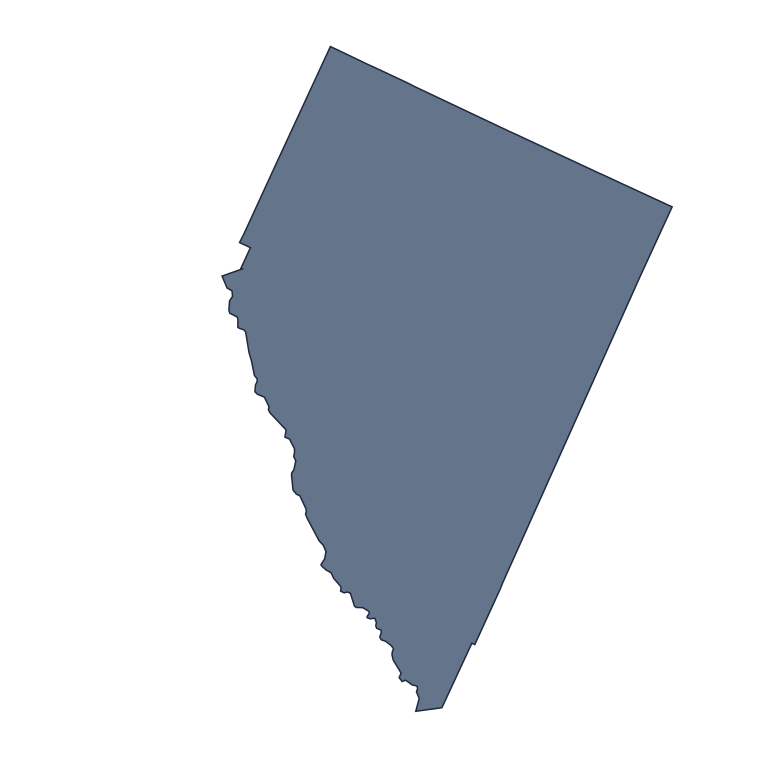 Hudspeth, Texas, United States of America, rotated 25°
{"feature_id": "52423323B39607492205238", "entity_name": "Hudspeth", "entity_type": "district", "adm_level": 2, "iso_a3": "USA", "parent_name": "United States of America", "parent_adm1": "Texas", "projection": "albers", "projection_center": [-105.436, 31.316], "detail": "fine", "context": "isolated", "style": "filled", "palette": "slate", "viewbox_px": 768, "rotation_deg": 25, "n_neighbors": 0, "source": "geoboundaries", "source_scale": "gbopen_adm2", "svg_char_len": 1670}
<svg xmlns="http://www.w3.org/2000/svg" viewBox="0 0 768 768"><g transform="rotate(25 384 384)"><path d="M573.3,652.9L573.2,581.8L576.4,581.8L576.0,520.4L575.6,514.1L570.7,178.9L570.3,101.7L514.8,101.9L514.3,101.9L500.5,101.9L495.8,101.9L495.3,101.9L489.9,102.0L489.2,102.0L487.9,102.0L405.2,102.0L392.4,102.0L391.9,102.1L391.6,102.1L286.0,101.5L279.3,101.2L243.1,101.1L231.9,101.2L226.8,101.1L192.8,100.8L193.2,233.9L193.6,307.9L193.3,316.9L205.3,316.9L205.4,339.6L206.9,339.6L191.6,354.6L201.2,363.3L206.9,363.8L209.7,368.7L208.9,374.0L212.3,382.8L214.4,385.1L222.7,385.3L224.6,387.8L227.5,394.3L229.0,394.7L234.2,394.1L236.6,395.3L248.4,412.6L254.3,419.3L262.9,431.0L266.9,433.0L268.0,435.6L267.9,439.1L270.3,445.6L273.7,446.8L281.1,446.5L289.2,453.0L290.1,456.2L292.8,458.3L314.1,466.8L314.9,467.6L316.6,474.0L321.7,473.9L330.2,480.5L331.8,483.7L332.8,487.9L336.5,490.9L338.6,500.0L337.9,503.5L338.7,505.7L346.4,518.6L351.2,520.9L355.0,520.9L365.9,530.0L367.4,532.2L367.8,535.0L370.9,538.0L391.4,553.5L397.2,555.9L402.2,560.4L404.1,567.4L403.2,574.2L404.1,575.2L410.0,577.0L415.9,577.5L420.5,581.4L430.3,585.8L431.2,586.8L432.2,590.1L436.1,590.1L439.0,587.9L442.0,587.9L451.1,597.8L453.2,598.3L459.3,595.7L466.3,596.4L467.6,598.1L467.0,601.3L467.2,602.6L468.3,603.0L470.7,602.6L474.6,600.2L477.9,603.4L478.7,606.6L480.6,608.5L485.3,608.3L486.6,610.4L487.0,614.7L487.9,615.9L489.8,617.0L494.1,616.5L500.1,617.8L503.4,619.2L504.6,620.3L504.6,622.6L505.5,625.8L509.0,630.3L521.7,638.8L521.8,643.7L526.2,646.0L528.7,643.3L536.7,644.8L541.5,643.8L543.2,645.9L543.5,649.3L548.8,654.1L551.1,667.2L573.3,652.9Z" fill="#64748b" stroke="#1e293b" stroke-width="1.5"/></g></svg>